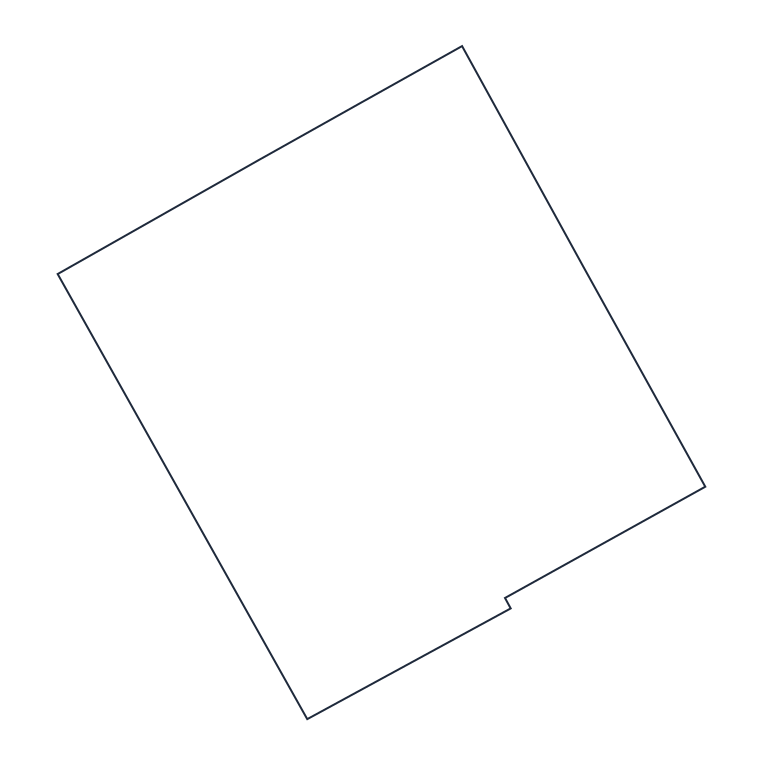 Delaware, Iowa, United States of America, rotated 241°
{"feature_id": "52423323B18552254627235", "entity_name": "Delaware", "entity_type": "district", "adm_level": 2, "iso_a3": "USA", "parent_name": "United States of America", "parent_adm1": "Iowa", "projection": "robinson", "projection_center": [-91.343, 42.471], "detail": "fine", "context": "isolated", "style": "outline", "palette": "slate", "viewbox_px": 768, "rotation_deg": 241, "n_neighbors": 0, "source": "geoboundaries", "source_scale": "gbopen_adm2", "svg_char_len": 286}
<svg xmlns="http://www.w3.org/2000/svg" viewBox="0 0 768 768"><g transform="rotate(241 384 384)"><path d="M641.7,616.1L641.2,500.9L640.6,383.4L638.4,151.9L128.1,154.4L126.3,386.0L138.2,386.1L138.4,615.2L390.4,615.2L641.7,616.1Z" fill="none" stroke="#1e293b" stroke-width="2"/></g></svg>